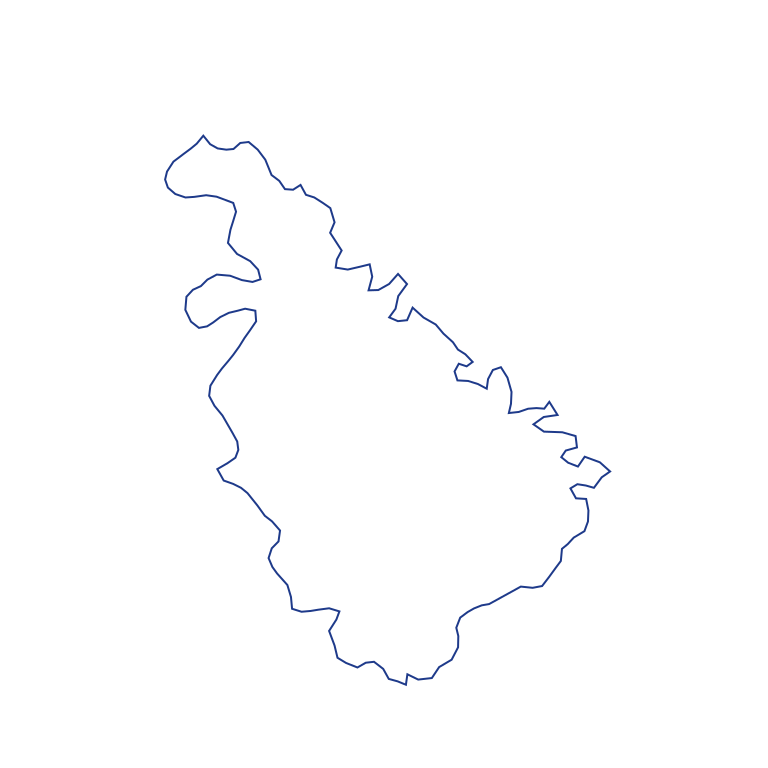 Protásio Alves, Rio Grande do Sul, Brazil, rotated 161°
{"feature_id": "56859067B21055614470548", "entity_name": "Protásio Alves", "entity_type": "district", "adm_level": 2, "iso_a3": "BRA", "parent_name": "Brazil", "parent_adm1": "Rio Grande do Sul", "projection": "orthographic", "projection_center": [-51.489, -28.753], "detail": "fine", "context": "isolated", "style": "outline", "palette": "blue", "viewbox_px": 768, "rotation_deg": 161, "n_neighbors": 0, "source": "geoboundaries", "source_scale": "gbopen_adm2", "svg_char_len": 2573}
<svg xmlns="http://www.w3.org/2000/svg" viewBox="0 0 768 768"><g transform="rotate(161 384 384)"><path d="M230.3,209.5L239.7,213.4L241.7,224.6L233.8,226.3L226.2,222.3L219.3,217.5L208.5,224.9L198.7,227.7L205.4,239.7L217.9,249.9L227.5,242.8L235.5,249.6L240.2,257.1L233.8,261.9L222.2,261.2L219.8,272.4L231.1,280.3L248.3,286.9L255.8,297.2L243.7,300.8L230.0,298.2L233.5,313.3L240.5,308.5L247.7,311.6L255.8,313.7L265.7,313.7L275.4,315.9L270.4,323.9L266.0,335.0L265.2,349.8L268.0,361.8L276.5,361.8L284.0,354.8L288.4,346.1L295.2,353.4L303.5,359.5L313.4,363.5L313.2,372.9L306.7,378.8L300.1,373.8L293.0,376.0L297.4,385.6L302.9,392.5L305.2,401.0L311.4,412.3L315.7,423.4L325.0,434.0L332.1,446.9L341.4,436.8L350.4,438.9L357.4,445.3L348.6,451.4L341.9,462.5L329.7,471.0L334.9,483.5L346.6,476.9L358.8,474.7L368.1,477.6L360.2,489.3L358.6,501.8L368.5,502.7L381.0,504.0L391.8,509.8L388.0,517.1L380.6,524.0L385.7,544.5L378.1,553.0L377.5,567.8L383.0,575.3L389.2,583.1L396.2,588.3L398.1,599.4L406.7,597.3L414.2,600.5L416.9,610.2L422.3,618.2L423.2,634.7L427.1,646.7L433.2,656.9L441.4,658.7L449.8,655.2L456.8,656.9L464.6,660.9L470.3,667.3L474.0,677.6L482.8,672.2L490.3,669.4L498.5,666.8L510.7,662.8L520.0,655.5L524.4,648.6L524.4,640.1L519.5,631.6L511.0,625.0L502.5,622.7L490.7,620.4L481.3,615.6L467.6,604.3L467.8,595.1L473.6,587.1L479.0,579.8L485.6,568.2L480.6,554.8L470.5,543.7L465.8,533.1L466.6,523.2L475.1,523.3L484.5,528.5L494.3,536.5L506.5,541.9L517.0,540.2L525.2,536.2L534.0,535.3L542.4,530.8L547.7,518.8L546.2,505.8L540.7,497.3L532.5,496.1L525.5,497.8L517.0,500.6L507.5,501.8L498.2,500.9L490.8,500.4L481.8,495.2L484.5,484.9L493.5,478.2L500.8,473.0L508.8,466.5L517.3,460.5L524.0,456.3L532.2,451.4L538.8,446.9L548.7,438.9L553.2,429.7L551.4,418.6L547.0,406.8L543.2,387.3L541.5,377.4L543.2,369.1L548.5,362.7L557.7,360.1L569.3,357.8L567.0,344.9L559.2,338.7L553.0,332.4L548.6,325.3L543.2,310.2L539.6,298.2L534.6,290.6L530.0,279.3L535.0,269.5L543.6,265.2L549.8,257.0L549.1,247.3L546.8,239.7L540.8,225.4L541.3,212.9L544.1,201.4L536.1,195.5L527.3,193.3L519.7,192.0L508.9,189.8L500.2,183.5L505.7,176.8L516.3,168.4L515.9,152.8L517.1,140.3L510.7,132.6L501.4,124.6L492.0,126.4L483.9,124.6L477.5,114.9L475.5,103.6L467.9,98.4L461.2,92.5L456.4,101.9L447.9,93.4L434.5,90.4L424.0,98.4L409.8,101.3L399.7,110.9L395.8,121.5L395.0,130.0L388.0,138.3L379.3,141.1L372.0,142.5L363.6,142.9L356.3,141.7L320.6,147.9L309.8,142.9L300.3,141.5L290.6,147.9L281.6,154.2L274.4,159.1L269.4,170.2L262.4,172.8L254.6,177.0L242.4,179.6L235.9,187.6L231.9,197.8L230.3,209.5Z" fill="none" stroke="#1e3a8a" stroke-width="2"/></g></svg>